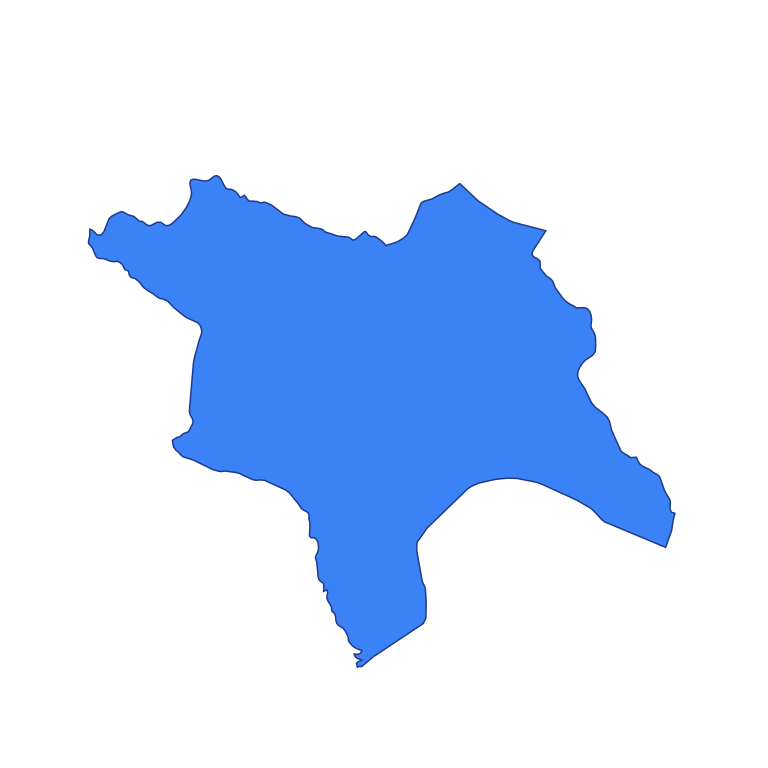 the Department of Cochabamba, rotated 154°
{"feature_id": "BOL-1291", "entity_name": "Cochabamba", "entity_type": "Department", "adm_level": 1, "iso_a3": "BOL", "parent_name": "Bolivia", "parent_adm1": "", "projection": "natural_earth1", "projection_center": [-65.4, -17.184], "detail": "fine", "context": "isolated", "style": "filled", "palette": "blue", "viewbox_px": 768, "rotation_deg": 154, "n_neighbors": 0, "source": "natural_earth", "source_scale": "10m", "svg_char_len": 4887}
<svg xmlns="http://www.w3.org/2000/svg" viewBox="0 0 768 768"><g transform="rotate(154 384 384)"><path d="M171.4,450.8L191.3,438.7L193.1,437.2L194.3,435.6L193.8,433.2L192.9,431.5L191.5,429.9L190.5,427.9L189.9,426.0L192.9,419.1L190.6,409.4L189.4,407.7L188.2,405.4L187.5,403.5L187.4,401.1L187.9,395.5L185.6,382.3L184.7,379.5L183.6,377.2L181.6,373.8L179.3,371.0L177.6,368.0L170.4,364.8L168.1,362.3L167.3,359.0L167.7,355.2L169.0,351.3L169.7,349.9L172.4,345.8L173.0,343.9L173.1,342.2L172.7,338.6L173.0,334.9L174.1,331.7L177.0,325.5L180.0,320.4L183.8,318.4L193.1,317.0L196.7,315.6L200.8,313.2L204.4,309.9L206.5,306.3L206.9,303.3L206.8,300.3L205.6,291.9L205.6,289.5L205.7,275.7L204.3,270.5L199.7,261.2L197.9,256.3L197.7,251.8L199.7,242.6L200.4,220.0L199.4,217.4L196.2,212.6L194.9,210.2L194.2,209.6L189.4,207.6L189.2,206.4L189.5,203.5L189.1,199.6L187.5,196.5L182.9,190.8L180.5,186.2L177.7,182.1L177.2,180.8L177.0,179.0L178.5,165.6L178.4,161.0L177.9,156.7L177.8,154.6L178.3,152.5L179.5,150.2L180.7,148.4L181.6,146.5L181.9,143.7L181.6,142.4L181.0,141.8L180.4,141.4L179.7,140.8L179.3,140.2L184.1,134.4L189.7,126.2L202.5,113.7L246.1,163.3L247.8,166.8L250.1,174.6L251.9,180.0L252.8,181.9L261.8,195.3L287.2,226.1L290.5,229.2L305.7,240.7L313.4,244.9L325.5,249.4L341.8,253.3L349.5,253.7L354.5,253.2L408.5,235.6L423.4,227.4L425.5,224.2L427.8,219.2L436.2,189.7L436.2,184.1L436.7,181.5L441.6,169.7L449.0,155.2L453.7,151.5L512.7,143.6L528.0,139.8L530.1,141.1L532.1,141.2L531.1,145.2L529.3,145.6L524.9,145.6L528.5,149.3L529.4,151.4L529.3,154.3L527.1,153.1L524.9,152.3L522.8,152.5L520.8,154.3L523.3,156.7L525.6,159.6L527.3,163.0L528.3,166.8L528.4,169.0L527.9,170.3L527.4,171.2L527.1,172.4L527.1,178.7L527.8,182.5L530.8,187.1L531.4,189.9L530.8,192.8L529.6,195.8L529.0,199.2L530.4,203.0L529.1,206.7L529.1,209.9L529.5,213.1L529.2,216.7L525.8,221.8L525.5,223.9L529.2,224.1L526.4,229.3L526.0,231.0L526.3,232.5L527.8,234.8L528.2,236.6L527.9,239.1L523.1,251.9L522.8,252.3L522.7,252.7L521.9,257.8L520.5,259.5L516.9,262.3L515.4,264.1L514.1,266.8L513.1,269.6L512.7,272.6L513.3,275.3L514.5,276.6L515.9,277.2L517.0,277.9L517.5,279.7L517.1,281.0L511.5,291.5L510.7,295.6L508.8,299.0L508.7,301.2L509.4,303.0L511.8,306.2L512.7,307.9L513.0,309.5L513.4,313.0L516.7,327.5L518.9,331.9L533.5,349.7L537.2,352.0L540.6,353.3L542.1,354.1L543.7,355.4L553.4,367.2L555.7,369.2L564.8,375.3L568.9,376.8L570.4,377.7L575.5,382.2L588.7,399.3L595.7,405.8L596.7,407.0L597.4,408.4L598.8,413.1L600.1,415.9L600.7,419.4L599.9,422.8L598.8,426.2L596.3,426.4L593.4,426.8L591.7,426.2L590.3,426.2L587.0,427.2L585.5,427.3L582.4,426.9L581.0,427.0L579.2,427.8L573.4,432.2L572.2,433.5L571.6,435.7L571.5,437.4L571.7,441.6L571.3,443.4L570.7,445.2L546.2,486.2L543.0,490.6L530.2,505.1L526.8,508.3L524.6,511.2L523.5,516.2L524.2,519.8L525.2,521.6L532.2,529.9L534.2,533.5L539.3,544.5L542.2,553.4L544.4,556.2L545.7,557.5L547.8,559.0L548.8,560.3L550.1,562.4L552.2,566.8L555.4,571.5L557.8,576.3L559.4,583.5L561.7,588.3L563.8,589.9L564.6,590.8L565.0,591.9L565.1,593.9L564.8,595.2L564.5,596.4L564.4,597.4L564.7,598.3L566.5,600.1L566.9,601.2L566.7,604.0L566.8,605.4L567.2,607.0L568.3,609.2L569.1,610.4L569.9,611.1L570.5,611.4L573.3,612.4L575.0,613.5L577.2,615.4L579.7,618.4L581.2,619.6L584.7,621.6L585.4,622.2L586.0,622.8L586.5,623.5L586.7,624.4L586.9,625.7L586.5,632.9L586.6,634.8L586.8,636.2L587.9,639.0L587.8,640.1L587.2,641.5L583.2,646.6L580.5,652.1L579.0,650.5L578.2,649.1L576.8,644.6L576.0,643.4L572.7,642.1L569.2,643.5L558.7,653.0L556.8,653.8L554.3,654.3L546.5,654.3L544.4,653.9L543.0,652.9L540.5,649.3L539.2,647.7L536.2,645.1L534.9,643.4L532.7,638.1L532.5,637.2L530.5,636.5L529.2,634.8L527.4,630.9L524.6,628.7L517.1,628.8L514.0,627.4L513.0,626.0L511.3,622.9L510.1,621.6L507.2,620.8L503.7,621.2L492.6,624.8L484.3,629.3L478.5,633.7L475.0,637.4L473.5,639.6L472.4,642.1L471.2,647.4L470.3,649.8L468.5,651.8L466.4,651.9L464.3,651.0L457.3,645.7L454.5,644.3L451.8,643.9L445.8,645.2L443.1,644.7L441.1,642.0L440.7,638.3L440.7,633.4L440.2,629.1L438.4,627.2L436.7,626.5L435.0,624.8L433.5,622.7L432.6,621.0L431.6,614.8L430.0,614.3L428.2,614.8L426.8,614.8L426.2,612.9L426.1,611.3L425.7,609.5L425.2,607.9L424.7,607.2L423.2,606.7L417.8,603.5L416.4,601.6L415.7,601.0L414.7,600.6L412.4,600.1L411.5,599.7L406.7,594.2L400.1,581.1L394.5,576.0L392.0,574.5L389.2,572.3L386.9,569.6L385.2,564.3L383.4,561.1L379.7,556.0L374.2,552.3L371.5,549.8L370.3,546.6L360.7,537.2L351.4,531.4L348.6,526.7L345.3,526.7L335.1,529.5L333.7,529.1L332.7,524.6L331.7,522.9L330.2,521.6L328.4,521.2L326.6,519.5L324.4,515.5L322.4,510.9L321.6,507.4L318.4,507.4L316.8,506.9L315.0,506.5L309.7,506.0L303.5,506.4L299.4,507.5L297.4,508.2L284.9,518.2L281.5,521.1L272.6,529.4L271.0,530.4L269.6,530.7L267.8,530.7L259.9,529.3L250.7,529.7L244.7,528.9L243.4,528.5L241.9,528.3L238.5,528.7L228.0,530.9L219.3,507.7L207.6,487.2L199.5,475.7L196.8,472.6L171.4,450.8Z" fill="#3b82f6" stroke="#1e3a8a" stroke-width="1.5"/></g></svg>